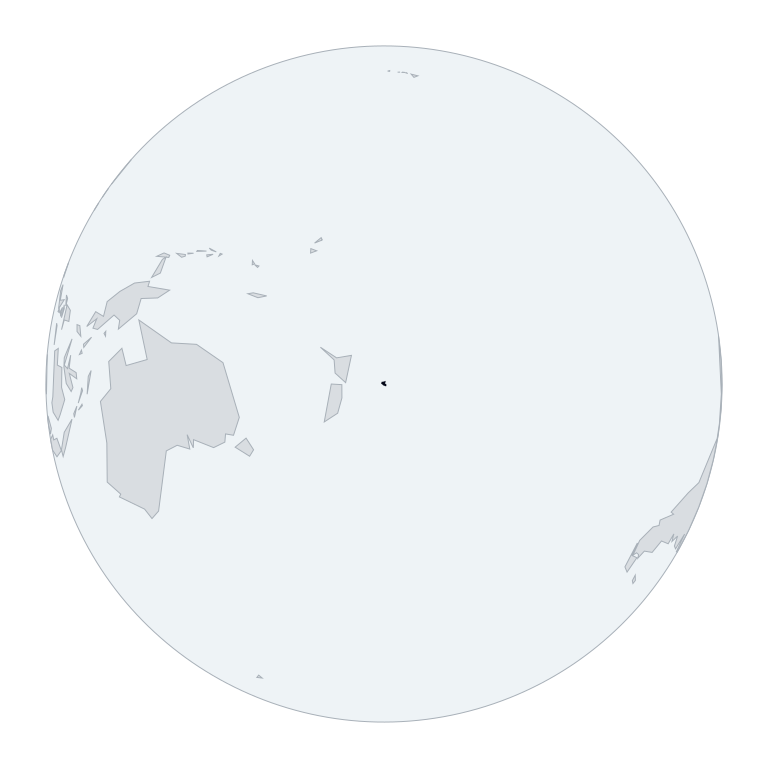 Chatham Islands Territory on an orthographic globe, rotated 344°
{"feature_id": "NZL-5470", "entity_name": "Chatham Islands Territory", "entity_type": "Special Island Authority", "adm_level": 1, "iso_a3": "NZL", "parent_name": "New Zealand", "parent_adm1": "", "projection": "orthographic", "projection_center": [-176.452, -44.022], "detail": "fine", "context": "on_globe", "style": "filled", "palette": "ink", "viewbox_px": 768, "rotation_deg": 344, "n_neighbors": 0, "source": "natural_earth", "source_scale": "10m", "svg_char_len": 5057}
<svg xmlns="http://www.w3.org/2000/svg" viewBox="0 0 768 768"><g transform="rotate(344 384 384)"><circle cx="384" cy="384" r="338" fill="#eef3f6" stroke="#a8b0b8"/><path d="M363.9,226.0L364.4,228.3L364.0,228.6L363.9,226.0ZM619.4,626.5L618.8,625.8L631.6,611.1L618.8,622.8L618.5,619.8L624.3,611.1L617.4,614.7L621.3,608.0L613.1,615.9L607.5,611.4L595.3,619.8L588.2,616.4L580.0,621.4L581.7,618.2L580.3,615.9L576.2,617.1L586.7,604.8L603.2,595.6L609.4,595.8L611.9,590.9L626.5,589.0L624.7,586.3L646.6,572.4L659.5,565.6L689.3,528.1L695.5,514.5L705.5,486.6L718.6,431.1L718.8,429.8L714.5,454.4L708.4,478.6L700.6,502.2L691.0,525.3L679.7,547.5L666.9,568.9L652.5,589.2L636.6,608.5L619.4,626.5ZM497.3,97.5L495.5,93.6L501.5,97.1L497.3,97.5ZM491.1,90.7L492.4,92.1L490.6,90.8L491.1,90.7ZM487.6,89.3L490.1,90.3L487.3,89.5L487.6,89.3ZM483.0,88.0L485.4,88.6L485.2,88.6L483.0,88.0ZM475.6,85.0L473.7,84.2L475.9,84.3L475.6,85.0ZM565.2,626.2L583.8,606.6L575.2,617.2L579.2,620.7L565.8,631.8L565.2,626.2ZM572.8,637.0L571.5,642.1L568.3,644.4L568.5,641.5L572.8,637.0ZM68.6,262.7L67.7,265.4L65.3,272.8L56.7,300.9L57.8,295.9L57.5,297.0L68.6,262.7ZM51.8,322.1L52.2,322.4L52.0,335.0L49.6,340.3L50.4,330.1L51.8,322.1ZM180.9,631.0L183.3,629.3L185.9,633.1L180.9,631.0ZM83.0,324.9L88.1,320.2L88.1,321.7L83.0,324.9ZM77.6,327.0L82.7,320.6L77.2,330.8L77.6,327.0ZM84.8,318.1L90.1,309.1L92.4,304.2L92.4,307.3L84.8,318.1ZM74.4,331.8L60.2,357.7L55.6,365.2L55.8,358.4L63.3,342.3L74.4,331.8ZM48.3,345.3L51.5,341.6L51.1,346.7L54.6,346.0L55.5,359.1L49.6,363.8L47.2,356.2L48.3,345.3ZM73.1,298.5L72.8,311.0L64.2,324.3L60.7,329.1L58.2,319.9L59.6,310.4L62.1,305.1L76.6,261.4L80.7,260.0L75.2,275.8L78.9,279.3L73.1,298.5ZM85.8,237.8L77.7,255.5L86.1,235.3L85.8,237.8ZM92.8,221.6L91.6,225.9L90.6,224.5L92.8,221.6ZM114.1,180.7L108.0,189.5L105.3,193.5L106.9,190.6L114.1,180.7ZM333.3,369.5L343.3,373.0L339.7,385.8L331.4,399.3L316.1,404.0L333.3,369.5ZM234.9,416.4L223.5,403.7L236.5,398.0L240.5,411.3L234.9,416.4ZM340.0,360.0L342.7,347.1L333.0,331.1L345.6,345.8L360.6,347.5L347.5,372.1L340.0,360.0ZM156.3,388.3L132.3,444.0L123.9,449.4L119.4,438.3L98.5,419.6L100.6,417.3L90.9,402.0L101.3,364.4L106.6,322.6L120.1,313.2L125.6,286.5L141.9,277.4L141.2,295.2L163.1,295.2L166.0,254.9L191.0,285.9L214.7,294.2L235.1,319.1L235.7,376.2L225.2,391.8L217.9,388.3L215.0,396.0L202.7,398.2L185.6,385.0L183.1,392.8L180.8,378.4L179.4,393.0L168.3,385.9L156.3,388.3ZM278.0,259.7L283.4,260.3L295.5,267.0L286.6,266.3L278.0,259.7ZM351.0,233.7L356.0,237.4L349.5,237.9L351.0,233.7ZM364.0,228.6L356.1,229.4L363.9,226.0L364.0,228.6ZM292.6,233.8L296.3,236.1L294.6,237.1L292.6,233.8ZM290.2,233.1L291.6,229.0L292.8,232.9L290.2,233.1ZM260.5,215.5L262.6,213.3L264.2,214.5L260.5,215.5ZM95.8,312.0L101.8,295.2L106.2,290.3L95.8,312.0ZM255.5,212.2L249.0,213.0L249.2,211.0L255.5,212.2ZM254.8,207.7L253.5,205.2L259.2,210.8L254.8,207.7ZM241.4,204.2L250.0,207.3L240.6,204.9L241.4,204.2ZM237.0,205.8L231.4,205.0L231.6,204.1L237.0,205.8ZM184.0,225.2L203.8,234.7L190.2,238.9L174.1,234.9L165.6,248.3L143.8,258.0L147.5,249.9L143.5,243.3L123.7,252.6L119.6,250.1L125.9,242.1L114.1,246.8L126.8,235.0L133.0,241.7L140.6,228.5L155.7,222.2L172.0,218.2L187.0,220.6L184.0,225.2ZM128.8,258.2L131.1,256.6L129.5,261.3L128.8,258.2ZM220.7,201.3L228.8,204.8L228.2,206.3L224.4,206.4L220.7,201.3ZM190.0,217.5L205.4,203.1L209.4,202.0L199.6,215.7L190.0,217.5ZM200.7,198.6L208.7,197.4L213.5,201.2L212.0,203.0L200.7,198.6ZM102.5,268.0L102.3,271.3L99.3,271.7L102.5,268.0ZM106.1,262.9L115.8,258.4L105.5,266.1L106.1,262.9ZM81.9,277.7L84.0,282.0L90.8,269.9L85.7,282.0L91.2,288.2L90.1,294.3L84.4,287.1L84.0,301.7L81.2,305.0L78.7,295.9L81.0,279.4L83.9,270.6L96.6,254.6L81.9,277.7ZM105.7,254.6L103.4,248.9L105.3,242.3L107.7,244.1L105.7,254.6ZM98.3,237.0L94.3,234.3L89.0,242.9L101.2,220.6L102.8,226.7L98.3,237.0ZM97.3,223.6L92.2,231.4L98.5,219.7L97.3,223.6ZM91.8,229.9L93.0,224.9L96.1,221.7L91.8,229.9ZM99.6,221.3L103.3,210.9L103.5,214.5L99.6,221.3ZM95.9,214.3L99.9,214.8L91.9,222.0L98.9,205.2L102.9,200.0L95.9,214.3ZM172.8,120.2L173.2,119.9L169.5,122.9L164.5,127.1L165.9,125.9L172.8,120.2ZM159.7,131.3L153.2,137.3L153.7,136.7L159.7,131.3ZM202.9,98.7L194.5,104.4L177.0,116.9L202.9,98.7Z" fill="#d9dde1" stroke="#a8b0b8" stroke-width="1"/><path d="M384.3,383.3L384.2,383.3L384.2,383.1L384.3,382.8L384.4,382.7L384.2,382.4L383.7,382.4L383.7,382.6L384.1,382.7L383.8,383.0L383.9,383.3L384.0,383.3L384.0,383.5L384.3,383.6L384.3,383.8L384.5,384.0L384.3,384.2L384.2,384.2L384.1,384.3L383.8,384.5L383.7,384.6L383.4,384.6L383.3,384.4L383.2,384.1L383.1,383.9L383.5,383.7L383.7,383.4L383.5,382.9L383.4,382.8L383.3,382.7L383.2,382.7L383.0,382.8L382.9,382.9L382.7,382.8L382.4,382.9L382.3,382.7L382.5,382.6L382.6,382.4L382.7,382.5L382.8,382.5L383.2,382.5L383.3,382.4L383.3,382.2L383.5,382.1L383.8,382.2L384.1,382.3L384.3,382.4L385.2,382.3L385.1,382.5L384.9,382.4L384.7,382.5L384.3,383.1L384.3,383.3ZM385.3,385.3L385.3,385.5L385.2,385.6L385.1,385.8L384.9,385.7L385.0,385.6L385.0,385.4L384.9,385.3L385.0,385.2L385.3,385.2L385.3,385.3L385.3,385.3Z" fill="#0f172a" stroke="#020617" stroke-width="1.5"/></g></svg>